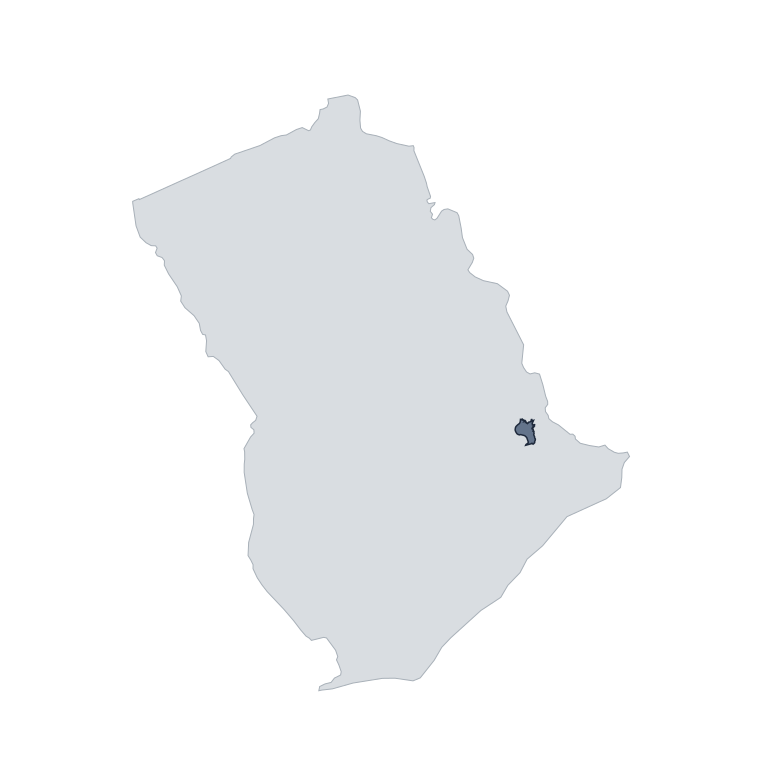 North Dayi, Volta, Ghana shown in context, rotated 336°
{"feature_id": "2480657B8553529614763", "entity_name": "North Dayi", "entity_type": "district", "adm_level": 2, "iso_a3": "GHA", "parent_name": "Ghana", "parent_adm1": "Volta", "projection": "orthographic", "projection_center": [0.294, 6.818], "detail": "fine", "context": "in_parent", "style": "filled", "palette": "slate", "viewbox_px": 768, "rotation_deg": 336, "n_neighbors": 0, "source": "geoboundaries", "source_scale": "gbopen_adm2", "svg_char_len": 5729}
<svg xmlns="http://www.w3.org/2000/svg" viewBox="0 0 768 768"><g transform="rotate(336 384 384)"><path d="M468.7,105.4L474.2,110.7L475.4,113.8L473.4,125.2L469.3,133.2L466.7,140.7L467.1,144.5L469.6,148.2L478.0,154.1L482.4,158.0L487.5,163.8L493.4,169.5L503.5,176.9L507.7,178.2L507.6,180.2L506.2,183.1L505.2,210.6L504.5,217.7L503.7,221.3L502.8,231.6L501.7,233.1L499.8,233.0L498.0,233.4L497.6,235.4L498.3,237.5L504.4,239.0L503.1,240.6L498.6,242.0L496.5,245.1L497.4,248.6L494.9,251.4L495.6,253.4L497.2,254.8L499.8,254.2L506.9,249.5L509.9,249.0L513.6,250.0L520.4,257.2L520.7,260.7L517.9,272.9L515.2,282.2L514.7,294.7L517.6,301.7L517.2,305.6L514.1,308.9L507.1,313.8L507.6,317.1L510.8,323.2L516.8,330.0L528.4,338.5L534.6,349.5L534.7,354.0L531.1,358.5L526.9,362.4L525.6,368.1L527.5,405.0L518.3,421.1L518.2,425.7L519.1,431.0L521.5,434.2L526.3,435.1L530.1,438.2L528.8,449.4L526.7,461.0L526.4,466.5L525.3,469.2L521.6,471.3L520.3,474.9L521.2,479.4L520.5,482.7L522.5,487.0L526.7,492.3L533.5,505.6L536.1,506.6L537.3,509.4L536.5,512.1L539.2,518.0L546.7,523.8L554.6,528.9L561.0,529.7L562.5,534.3L566.7,540.1L569.8,542.6L574.6,544.3L578.6,545.2L578.8,550.1L571.6,553.5L566.8,558.6L563.1,566.3L557.9,574.8L540.3,579.3L533.5,579.3L497.2,579.6L463.1,596.3L443.5,602.2L431.5,611.7L415.2,618.3L403.9,626.4L380.4,630.3L341.8,643.0L329.7,648.0L317.5,656.8L297.6,667.2L289.8,667.0L274.3,657.2L262.7,652.2L234.1,644.6L212.8,641.5L202.6,638.3L199.7,637.7L202.2,634.2L208.1,634.0L214.3,635.1L219.1,632.5L226.0,632.2L227.9,629.4L228.5,622.4L228.4,616.7L230.9,614.2L231.5,607.5L228.2,592.6L225.8,590.9L213.4,588.7L212.4,585.8L210.2,582.6L207.9,575.0L205.2,563.6L201.0,549.4L192.8,526.1L190.8,517.9L189.4,509.5L189.2,499.5L190.9,495.8L190.7,490.6L190.0,485.5L195.9,473.7L207.6,459.2L210.0,454.0L212.2,450.4L212.5,445.2L214.7,428.3L220.3,407.9L223.8,400.2L226.2,396.1L229.1,389.3L229.8,386.1L240.5,378.2L245.3,376.1L246.5,372.9L244.8,369.5L245.6,367.1L248.1,366.0L252.0,365.0L254.9,361.8L250.6,336.6L247.2,311.5L247.0,309.4L244.9,305.9L242.8,295.5L239.3,289.4L234.4,287.6L234.4,281.9L239.5,272.3L240.9,266.6L238.5,264.9L238.2,260.5L239.9,253.4L239.1,249.1L238.3,244.4L233.2,233.4L232.0,225.6L234.7,221.1L234.7,211.1L232.0,195.8L231.6,186.1L233.6,182.1L232.7,178.2L229.0,174.6L228.7,171.0L232.0,167.6L231.6,164.9L227.6,162.9L224.1,158.2L221.0,150.7L221.8,138.7L228.0,116.7L228.7,114.9L235.5,115.0L235.5,116.0L256.6,115.9L280.7,115.8L309.4,115.7L335.6,115.5L336.7,114.5L341.1,113.3L367.5,115.7L384.0,114.6L391.0,115.3L396.1,116.8L407.5,115.9L413.6,116.5L418.2,122.0L420.1,122.0L422.7,119.6L427.2,117.0L431.9,114.9L435.2,110.6L437.2,107.3L440.2,108.0L444.6,107.8L447.5,105.1L448.6,100.8L468.7,105.4Z" fill="#d9dde1" stroke="#a8b0b8" stroke-width="1"/><path d="M504.6,476.6L504.2,476.4L504.0,476.6L503.9,476.7L503.8,476.8L503.7,477.0L503.6,477.4L503.5,477.5L503.4,477.7L503.0,477.8L501.7,478.1L501.4,477.9L501.1,477.8L500.7,477.7L500.5,477.8L500.3,477.9L500.2,478.0L499.9,478.2L499.8,478.3L499.6,478.3L499.5,478.2L499.3,478.1L499.2,478.1L498.9,478.0L498.8,477.8L498.8,477.7L498.7,477.6L498.6,477.9L498.5,477.7L498.2,477.6L498.1,477.4L498.2,477.2L498.2,476.9L498.2,476.7L498.2,476.4L498.3,476.3L498.3,476.2L498.2,476.2L498.3,476.1L498.3,475.9L498.2,475.9L498.1,475.6L498.1,475.4L498.1,475.1L498.1,474.9L498.0,474.7L497.9,474.5L497.8,474.4L497.7,474.4L497.5,474.6L497.4,474.7L497.3,474.8L497.2,475.0L496.9,475.2L497.0,475.2L497.0,474.9L497.1,474.6L497.1,474.4L497.0,474.2L496.9,474.1L496.8,473.9L496.7,473.8L496.7,473.7L496.4,473.7L496.2,473.6L496.3,473.4L496.3,473.1L496.3,472.9L496.2,472.6L496.1,472.4L495.9,472.3L495.9,472.2L495.7,472.2L495.6,472.3L495.5,472.5L495.4,472.6L495.5,472.6L495.4,472.5L495.3,472.4L495.2,472.4L494.3,471.8L493.3,473.6L492.5,474.6L491.5,475.2L489.4,475.7L487.3,476.5L486.2,477.5L485.1,479.3L484.9,481.0L485.2,483.4L486.0,484.7L487.1,485.6L488.3,485.8L489.3,486.6L491.3,488.2L491.9,489.1L492.6,491.0L492.2,495.8L491.8,496.4L490.0,496.9L489.2,497.0L488.5,497.6L495.1,498.6L495.0,498.8L495.2,499.0L495.2,498.9L495.3,499.0L495.5,499.2L495.6,499.3L495.8,499.4L496.0,499.4L496.6,499.4L496.8,499.3L496.9,499.2L497.0,499.2L497.8,498.9L497.8,498.4L498.1,498.0L498.4,497.7L498.5,497.6L498.8,497.4L499.0,497.2L499.2,496.9L499.3,496.8L499.3,496.7L499.8,496.1L499.9,495.8L499.9,495.6L499.8,495.3L499.7,494.5L499.8,494.2L500.1,493.6L500.1,493.4L500.1,491.8L500.2,491.6L500.1,491.4L500.2,491.2L500.3,490.9L500.5,490.7L500.9,490.3L501.0,490.2L501.0,489.8L501.4,488.7L501.7,488.3L501.6,488.2L501.1,487.9L500.9,487.7L501.3,487.3L501.6,487.1L501.6,486.9L501.6,486.7L501.7,486.4L501.6,485.9L501.6,485.7L501.3,485.5L501.1,485.4L501.1,485.1L501.3,485.0L501.4,484.9L501.3,484.7L501.5,484.6L501.8,484.6L501.8,484.8L501.7,484.9L501.8,485.0L501.8,484.9L502.0,484.8L502.1,484.7L502.2,484.4L502.3,484.4L502.2,484.3L502.1,484.1L502.1,483.9L502.3,483.8L502.5,483.7L502.7,483.8L502.8,483.8L502.9,483.7L503.0,483.7L502.9,483.7L503.1,483.6L503.3,483.6L503.5,483.6L503.8,483.6L504.0,483.7L504.3,483.7L504.5,483.3L504.6,483.1L504.6,482.9L504.6,482.7L504.9,482.5L505.0,482.4L504.8,482.2L504.7,482.2L504.6,482.3L504.4,482.2L504.1,482.2L503.7,482.1L503.2,482.0L503.1,481.9L502.9,481.7L503.0,481.5L503.2,481.4L503.3,481.2L503.4,480.9L503.3,480.7L503.4,480.1L503.5,480.1L503.7,479.9L503.8,479.8L503.8,479.7L504.0,479.5L504.1,479.4L504.3,479.3L504.4,479.2L504.5,479.2L504.8,479.1L504.9,478.9L505.0,478.8L505.3,478.5L505.4,478.4L505.5,478.4L505.7,478.2L505.8,478.1L505.7,478.1L505.4,478.0L505.2,478.2L504.9,478.3L504.7,478.3L504.4,478.4L504.2,478.3L504.0,478.2L504.0,478.3L503.9,478.2L504.0,478.2L504.0,477.9L503.9,477.7L504.0,477.5L504.1,477.4L504.3,477.5L504.4,477.4L504.4,477.2L504.5,477.2L504.5,476.9L504.6,476.6Z" fill="#64748b" stroke="#1e293b" stroke-width="1.5"/></g></svg>